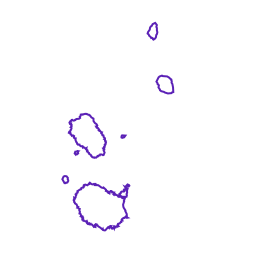 Santa Cruz, Galápagos, Ecuador, rotated 35°
{"feature_id": "8360857B73941749048341", "entity_name": "Santa Cruz", "entity_type": "district", "adm_level": 2, "iso_a3": "ECU", "parent_name": "Ecuador", "parent_adm1": "Galápagos", "projection": "albers", "projection_center": [-90.525, -0.066], "detail": "fine", "context": "isolated", "style": "outline", "palette": "violet", "viewbox_px": 256, "rotation_deg": 35, "n_neighbors": 0, "source": "geoboundaries", "source_scale": "gbopen_adm2", "svg_char_len": 6009}
<svg xmlns="http://www.w3.org/2000/svg" viewBox="0 0 256 256"><g transform="rotate(35 128 128)"><path d="M166.4,190.1L165.8,187.6L163.6,188.7L161.6,188.4L160.9,188.7L160.2,189.6L159.2,189.8L158.3,189.0L156.6,189.8L155.1,189.4L155.0,190.8L154.4,190.7L155.0,189.6L153.6,189.7L153.5,189.0L153.0,189.4L152.2,189.2L151.8,189.7L151.5,189.3L150.3,189.7L150.2,189.4L149.9,189.6L149.8,190.8L150.3,192.0L149.8,191.9L149.9,192.2L149.2,192.5L148.6,192.3L148.3,191.5L147.3,191.6L147.1,192.0L146.3,191.7L145.9,192.1L145.4,191.2L142.2,190.8L142.2,191.3L140.4,192.0L136.5,191.9L134.2,193.4L134.2,193.1L133.9,193.3L133.9,192.6L133.5,192.4L133.1,192.8L133.8,193.1L133.5,193.4L132.2,193.3L131.4,194.5L130.3,194.9L128.1,194.7L127.9,195.9L128.4,196.3L127.8,197.2L127.6,198.2L125.6,198.8L124.8,199.7L125.3,200.3L124.8,200.7L125.6,201.7L125.6,202.4L124.9,202.7L124.2,204.2L124.7,204.8L124.6,205.4L123.9,206.0L122.8,208.8L123.5,209.1L123.8,209.8L123.2,211.3L123.7,211.8L123.3,212.4L124.1,212.7L124.2,213.7L124.9,214.9L124.9,215.9L124.0,216.0L125.1,217.1L124.7,217.5L125.0,217.9L124.9,218.3L126.2,219.0L126.3,219.5L127.5,219.8L127.8,220.2L129.8,220.1L131.4,221.3L132.4,221.2L132.3,222.3L133.1,222.0L133.8,222.3L134.9,222.0L135.4,223.5L136.5,224.0L137.3,225.9L137.7,225.8L137.8,225.4L138.8,225.8L139.6,226.6L140.8,226.6L140.6,227.1L141.3,226.8L141.2,227.4L142.1,227.4L142.1,227.8L142.7,227.9L142.4,228.4L142.7,228.1L142.8,228.7L143.3,228.6L143.5,229.3L144.5,229.0L144.8,229.5L145.4,229.1L145.4,228.7L145.5,229.0L146.7,228.9L147.5,228.7L147.6,228.2L147.9,228.5L148.1,228.1L148.4,228.3L148.0,228.5L149.2,229.0L149.2,229.5L150.3,229.7L151.3,229.0L150.8,228.8L150.9,228.2L152.0,228.3L152.4,227.8L152.9,228.1L152.1,228.5L152.2,228.8L154.1,227.7L156.8,228.6L157.0,228.2L158.1,227.8L157.8,227.4L156.9,227.4L156.7,226.9L157.3,227.0L157.2,226.5L157.5,226.2L156.5,225.8L156.9,225.9L157.2,225.5L157.0,225.2L157.7,224.9L158.1,225.2L158.0,225.4L158.8,225.2L159.1,225.5L160.6,225.6L162.7,225.5L164.8,225.8L165.3,225.6L165.3,225.2L166.1,225.9L167.6,225.3L168.1,224.8L168.5,221.2L168.9,221.3L169.4,220.7L169.1,220.5L169.4,220.0L170.0,220.4L170.0,219.1L169.4,219.2L169.8,218.3L170.3,218.0L170.8,218.3L171.2,219.1L172.1,219.6L172.5,218.8L173.0,218.5L173.3,218.8L173.8,217.7L174.1,217.9L173.9,217.4L174.3,217.1L173.4,216.7L173.8,216.6L173.6,216.2L174.2,216.0L174.1,216.3L174.5,215.6L174.4,215.9L175.1,215.3L175.7,215.3L176.5,214.0L176.0,214.0L175.5,213.0L175.0,213.2L174.8,212.2L175.9,210.9L176.0,209.4L176.4,209.0L176.0,208.6L176.3,208.3L176.0,207.0L175.8,207.0L176.0,206.9L175.5,206.7L175.7,206.0L175.4,205.7L176.0,204.1L176.7,203.7L176.7,202.9L177.3,202.6L177.0,201.4L177.5,200.7L176.3,199.2L173.3,197.5L173.2,197.0L170.0,195.7L168.9,194.7L167.9,193.5L166.9,190.2L166.4,190.1ZM88.5,139.5L87.6,140.0L86.1,140.1L85.8,140.6L84.8,140.9L83.7,142.4L82.9,141.9L83.3,142.6L83.2,143.1L82.4,143.3L81.6,144.1L82.2,145.1L82.0,146.5L83.0,147.2L82.6,148.5L80.5,150.3L80.3,151.6L79.9,151.8L79.9,152.4L79.3,153.1L78.7,153.4L77.8,153.2L77.2,153.7L77.4,155.5L77.2,156.1L76.9,156.0L76.9,157.1L78.1,158.0L79.1,157.9L79.2,157.5L79.6,158.1L80.1,158.0L80.1,158.4L80.8,158.9L80.6,160.3L81.6,160.3L82.3,161.3L82.7,161.4L82.3,161.5L82.4,162.0L82.1,162.4L82.4,163.7L82.0,164.7L82.3,165.9L83.8,165.7L83.9,165.3L84.8,166.2L85.5,165.9L86.6,166.6L87.5,165.5L88.5,165.5L89.1,166.9L90.0,167.1L91.1,166.5L91.8,167.9L93.9,169.3L94.4,169.2L95.5,170.2L96.2,170.0L96.6,170.3L97.8,169.4L98.4,169.9L99.8,170.0L101.0,169.1L102.1,169.8L102.2,169.5L102.5,169.8L102.9,169.2L103.6,169.0L105.1,169.3L105.5,168.3L106.0,169.4L106.4,169.3L106.9,169.8L107.5,169.5L107.8,169.7L108.0,170.7L108.7,170.5L109.9,171.0L110.3,170.8L111.3,171.6L112.5,171.3L113.4,171.5L113.8,172.0L114.4,171.9L115.0,172.3L115.9,172.3L116.8,171.7L117.4,171.8L117.7,171.1L118.8,170.7L119.2,169.3L119.1,168.5L119.7,168.4L120.0,166.9L120.6,166.6L120.4,165.6L121.8,164.7L123.1,164.6L123.5,164.1L122.9,161.5L120.9,160.4L120.6,160.0L120.9,159.4L119.3,158.9L119.7,158.3L119.4,157.7L119.8,157.6L119.5,157.1L119.7,156.7L119.1,156.1L119.1,155.2L118.5,154.9L118.8,153.9L118.5,153.8L118.3,152.6L117.4,152.3L117.4,151.8L117.1,151.9L117.0,151.5L116.2,151.3L115.7,150.6L115.0,150.7L115.2,149.9L114.7,149.5L113.3,149.4L112.2,148.2L111.2,148.6L110.7,147.9L109.2,147.7L109.1,146.5L108.2,146.8L106.5,146.3L106.5,146.7L105.9,146.8L105.0,146.6L104.8,145.7L103.1,145.3L102.5,145.7L101.8,145.6L101.4,145.3L101.8,145.0L101.2,144.9L101.6,144.5L101.2,144.0L101.3,143.5L100.0,142.9L98.0,142.9L95.8,142.1L94.3,140.1L91.9,140.3L89.7,139.5L89.2,139.8L88.5,139.5ZM133.1,63.1L130.5,63.3L126.6,65.6L125.8,65.6L124.3,67.7L124.0,69.0L124.7,73.7L126.6,74.4L126.9,75.0L128.8,75.3L129.7,77.3L132.1,78.2L132.5,78.7L134.1,78.8L136.7,77.8L137.8,77.8L140.9,76.8L143.6,74.5L143.6,73.7L144.5,72.6L141.6,68.9L139.1,66.5L137.7,65.9L137.0,64.5L136.1,64.1L135.7,63.4L133.6,63.4L133.1,63.1ZM92.6,27.1L90.0,26.3L88.6,28.8L88.9,30.7L88.4,31.8L88.6,33.4L89.4,34.9L89.4,38.0L89.9,39.4L91.3,39.5L92.5,40.3L94.2,40.4L95.4,41.0L95.9,40.4L96.8,40.3L97.6,41.0L98.2,41.0L98.9,39.1L98.8,37.6L97.8,35.6L97.8,34.4L97.1,32.7L95.7,31.5L94.3,29.5L93.2,28.9L92.6,27.1ZM162.4,177.7L159.5,178.0L160.4,178.4L160.9,179.1L161.0,180.0L160.1,180.5L160.1,181.1L160.5,181.3L161.2,180.9L161.4,181.7L161.1,182.4L159.4,183.6L159.0,184.7L159.5,185.7L159.2,186.6L158.9,186.6L158.8,186.9L159.6,187.4L159.6,188.0L162.9,187.6L166.2,185.2L165.6,183.6L164.7,183.0L164.4,181.5L163.1,179.9L162.4,177.7ZM105.4,202.8L103.8,203.6L103.1,204.7L103.6,207.6L107.5,209.5L107.8,208.9L108.6,208.9L109.1,207.7L109.6,207.4L109.4,205.6L108.9,205.0L107.9,204.5L107.4,203.4L105.4,202.8ZM100.4,176.2L100.6,175.5L99.7,175.9L99.6,176.8L98.4,177.6L98.9,179.4L100.5,179.8L100.5,179.1L101.4,178.7L101.7,177.3L100.4,176.2ZM128.9,139.4L130.2,137.8L130.2,135.7L127.4,137.4L127.4,138.4L128.1,139.5L128.9,139.4ZM161.6,174.2L160.0,174.5L159.8,176.0L162.1,175.4L162.2,174.5L161.6,174.2ZM179.0,202.4L177.5,201.9L178.1,202.3L179.0,202.4ZM179.1,201.7L178.0,201.8L178.9,201.9L179.1,201.7Z" fill="none" stroke="#5b21b6" stroke-width="2"/></g></svg>